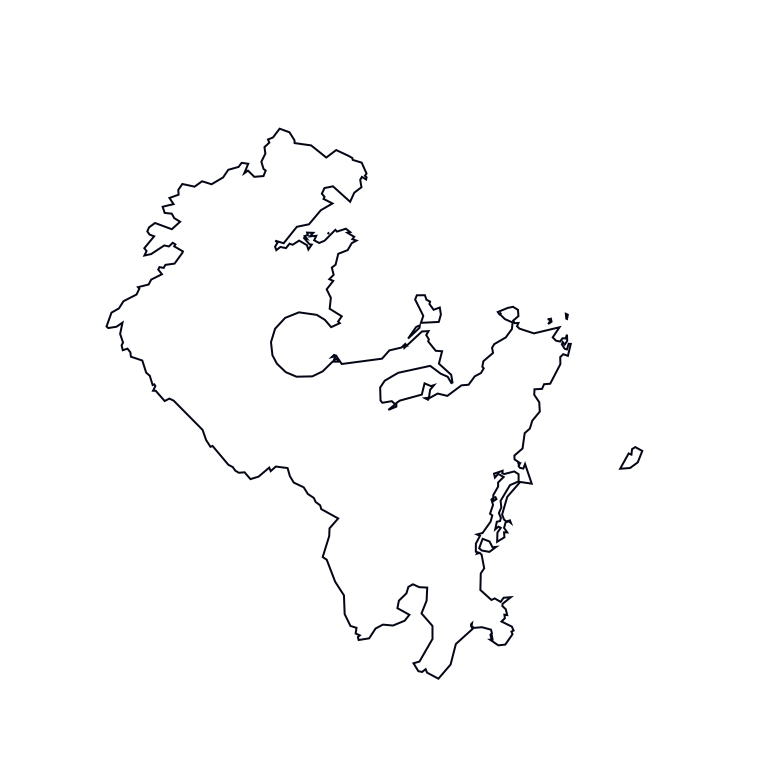 Sligo-Drumcliff Lea-5, Sligo, Ireland (orthographic projection), rotated 143°
{"feature_id": "5873133B89616968350212", "entity_name": "Sligo-Drumcliff Lea-5", "entity_type": "district", "adm_level": 2, "iso_a3": "IRL", "parent_name": "Ireland", "parent_adm1": "Sligo", "projection": "orthographic", "projection_center": [-8.517, 54.315], "detail": "fine", "context": "isolated", "style": "outline", "palette": "ink", "viewbox_px": 768, "rotation_deg": 143, "n_neighbors": 0, "source": "geoboundaries", "source_scale": "gbopen_adm2", "svg_char_len": 6174}
<svg xmlns="http://www.w3.org/2000/svg" viewBox="0 0 768 768"><g transform="rotate(143 384 384)"><path d="M523.3,127.5L517.9,115.9L499.6,119.9L483.1,133.1L460.6,135.1L460.1,138.4L459.1,139.7L457.8,139.9L459.8,138.0L458.8,135.0L452.1,130.8L446.4,123.4L447.8,119.9L449.9,119.7L451.4,116.2L448.8,119.0L451.1,114.6L453.2,116.0L450.0,106.5L444.0,102.9L432.0,106.8L431.2,109.6L428.9,109.1L427.9,113.3L433.1,123.6L428.4,124.2L426.7,127.3L424.7,125.3L422.3,130.8L423.1,135.4L421.6,137.1L411.0,137.4L417.1,141.3L422.0,139.8L424.6,146.1L428.2,146.9L431.0,161.5L420.7,174.5L414.9,176.5L408.8,188.9L409.2,191.6L412.0,192.6L410.6,193.4L411.6,194.8L406.7,201.2L398.7,205.0L400.3,207.9L395.0,205.7L381.7,209.9L376.6,213.9L377.4,216.6L369.7,221.8L367.7,227.1L365.7,227.2L366.8,224.6L363.5,224.4L363.1,226.5L365.3,227.3L363.4,229.6L354.6,233.4L352.1,236.7L344.4,237.7L346.9,243.5L351.7,242.5L350.1,246.2L341.5,243.3L343.2,241.5L342.1,239.7L332.6,235.8L330.8,231.0L335.1,225.2L344.3,227.4L361.2,220.5L364.6,214.8L369.9,211.8L371.3,206.6L373.8,204.7L376.8,206.1L382.6,201.0L378.5,201.2L377.3,198.8L382.8,197.1L388.6,189.9L380.1,189.1L377.4,193.3L374.9,191.3L374.7,196.8L370.0,200.4L366.9,199.1L366.3,196.6L365.5,199.3L369.0,200.6L369.7,203.4L368.3,208.6L353.5,219.7L334.2,223.8L326.0,215.5L319.5,235.2L323.6,232.6L325.9,235.2L325.9,237.5L323.2,238.7L325.3,240.0L323.2,239.6L325.1,245.2L322.9,248.4L312.2,249.1L301.2,260.1L294.4,260.6L287.6,265.5L276.2,268.2L271.0,276.0L270.5,285.0L267.0,289.2L260.7,285.0L256.3,287.5L251.1,284.2L231.2,293.7L227.1,299.4L222.9,299.9L220.2,295.8L210.7,303.6L212.3,305.0L217.1,301.5L218.5,303.4L218.1,308.6L216.0,309.9L216.0,306.7L211.7,308.2L208.2,313.3L211.6,311.1L213.9,313.1L217.8,311.9L220.6,315.1L221.2,319.7L209.7,323.7L233.8,334.2L242.5,346.7L243.0,350.1L239.9,351.8L243.1,354.0L242.7,356.9L235.8,357.3L232.4,362.6L234.5,368.0L239.4,370.3L249.8,373.0L249.9,370.2L247.5,370.4L249.4,369.9L248.4,363.1L244.3,355.7L248.8,350.9L258.7,347.9L272.0,349.5L275.9,347.9L278.2,343.2L290.9,342.4L295.1,338.6L294.9,336.5L300.0,334.4L306.9,335.5L316.9,332.5L322.9,336.3L340.6,336.4L346.9,344.1L358.4,345.7L357.9,344.1L359.8,348.0L356.4,346.0L350.7,351.6L344.7,353.0L347.8,354.1L351.2,360.1L360.2,352.8L381.3,361.2L385.5,361.4L387.8,358.5L396.1,360.7L387.3,361.0L388.1,365.6L396.6,370.0L396.7,372.9L389.2,383.5L381.4,386.2L365.9,384.4L336.2,370.7L332.5,358.1L328.8,351.5L329.6,344.2L328.4,344.0L324.8,350.9L327.9,367.2L317.9,375.2L322.7,379.4L323.1,391.4L321.3,392.7L320.8,397.7L316.6,399.4L322.0,403.1L346.1,400.6L345.1,402.7L342.8,400.9L342.9,403.2L348.1,402.6L359.5,407.6L370.3,405.4L405.7,425.4L405.2,435.4L406.4,437.3L409.5,436.9L405.9,435.4L409.6,433.3L406.6,432.5L406.5,428.9L411.6,432.8L425.4,431.0L436.6,433.2L449.5,442.5L455.3,452.5L457.3,464.7L455.8,474.1L449.1,485.4L437.7,493.7L423.2,496.3L408.8,492.4L396.1,479.7L392.6,470.8L392.0,461.2L382.7,459.2L383.1,461.5L377.0,463.5L382.1,476.8L374.6,484.8L372.8,494.1L362.5,496.9L364.6,500.6L358.5,501.5L355.6,508.4L350.9,508.4L342.2,515.5L332.4,512.8L325.0,515.9L319.7,515.1L322.1,518.7L319.2,519.5L322.2,526.9L319.6,525.7L321.0,531.0L329.8,534.0L330.1,536.4L345.2,534.2L350.9,535.6L353.3,540.8L348.9,543.1L354.3,546.5L349.5,547.3L354.3,551.2L355.1,548.8L358.3,549.9L358.2,546.5L360.1,549.5L359.4,540.4L357.8,538.8L363.5,536.9L362.0,541.3L365.5,549.6L373.2,550.2L375.0,552.9L380.5,551.5L384.3,555.8L389.4,555.7L388.4,559.2L383.8,561.0L384.6,563.9L379.4,556.8L359.0,562.0L347.8,556.7L329.9,560.8L316.5,559.2L320.9,568.2L318.9,569.2L319.1,573.4L313.6,576.3L305.8,572.6L301.4,549.9L292.6,554.7L283.6,554.7L280.1,561.4L277.0,562.7L275.2,558.1L273.5,559.6L273.9,561.8L271.3,562.6L268.6,574.2L274.1,581.8L273.3,583.6L274.9,587.3L281.4,599.6L293.8,599.6L298.6,618.4L310.4,630.2L308.8,632.6L308.0,641.9L313.7,650.7L324.3,647.7L329.5,649.1L330.3,645.8L336.9,645.1L340.1,639.4L348.2,635.3L350.8,628.2L350.0,625.7L355.1,622.6L362.9,627.5L364.2,636.3L368.8,636.4L359.9,641.6L364.6,646.3L369.5,644.9L379.5,648.8L388.2,645.8L401.5,647.3L407.3,655.4L416.5,655.6L424.7,665.1L431.5,662.8L434.1,658.8L443.4,661.7L443.8,654.3L454.1,658.8L456.2,652.6L451.0,647.8L451.7,642.7L449.2,636.3L460.3,635.3L470.0,650.4L477.4,650.5L481.2,648.3L481.3,644.4L478.7,640.3L493.7,636.7L493.6,633.1L498.0,630.8L491.8,627.9L476.1,626.9L473.0,623.3L467.7,623.9L466.6,621.0L468.7,620.2L464.8,610.9L466.1,610.1L478.8,606.2L486.9,610.7L490.1,609.3L493.0,612.5L495.4,611.3L495.3,605.3L507.1,607.5L512.1,605.1L522.2,609.4L522.0,607.4L527.8,604.4L542.2,606.9L550.2,603.9L558.7,605.0L571.0,596.9L570.5,594.6L563.1,590.7L555.9,590.4L564.6,582.8L567.5,574.1L570.3,572.8L572.3,568.2L567.6,566.6L567.5,561.9L569.7,558.1L562.9,548.2L567.1,536.2L566.1,531.5L569.4,522.4L567.7,522.0L567.8,520.0L572.5,517.6L570.4,516.0L569.4,502.4L564.2,501.5L562.0,497.3L556.5,456.5L559.8,446.3L560.4,438.3L558.2,437.7L556.9,413.1L554.8,408.7L554.9,404.3L553.4,400.5L548.5,397.4L547.9,388.4L539.9,385.5L526.0,386.3L526.9,382.6L520.1,383.2L511.6,374.9L514.6,367.1L515.4,359.6L510.3,349.8L511.0,342.0L508.6,335.2L509.6,331.0L508.0,325.5L509.4,321.8L501.5,304.2L514.4,301.5L519.3,295.5L537.1,282.7L535.5,278.1L542.0,255.5L543.2,239.3L553.9,223.9L556.4,211.0L552.7,205.8L556.8,201.8L554.6,197.8L557.2,197.6L558.3,194.8L548.9,189.8L537.9,193.8L529.7,192.5L522.2,185.7L510.0,182.5L502.6,184.4L508.2,196.9L502.5,202.0L492.1,203.3L486.6,207.3L481.4,206.6L478.1,200.5L472.0,195.4L480.4,185.3L492.1,178.2L490.9,161.6L498.7,151.2L522.7,141.0L528.5,143.2L529.4,134.0L526.9,131.1L522.4,131.2L523.3,127.5ZM297.9,430.3L304.4,435.1L308.3,432.7L311.6,414.8L317.7,410.6L302.9,400.6L296.8,405.2L293.4,411.5L299.7,413.4L299.6,420.5L297.6,422.1L299.4,425.7L297.9,430.3ZM228.5,168.7L218.0,175.1L221.3,182.4L225.1,182.7L228.9,178.7L230.4,181.3L246.4,174.2L238.0,168.8L228.5,168.7ZM400.9,186.5L392.4,186.4L395.6,188.3L394.5,194.7L398.4,201.0L406.8,195.6L406.2,192.3L400.9,186.5ZM337.4,405.8L321.8,407.5L320.1,409.3L324.0,410.2L337.4,405.8ZM196.5,330.6L199.1,326.5L198.7,325.8L195.5,328.7L196.5,330.6ZM216.8,333.1L212.7,332.9L211.8,334.8L216.8,333.1ZM337.0,538.1L338.8,537.6L336.7,538.1L337.0,538.1ZM213.0,336.5L213.6,336.8L214.3,336.0L213.0,336.5Z" fill="none" stroke="#020617" stroke-width="2"/></g></svg>